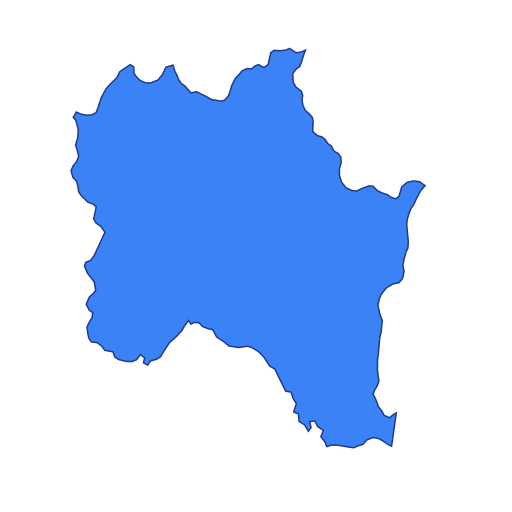 Mogi Mirim, São Paulo, Brazil, rotated 173°
{"feature_id": "56859067B62614874395589", "entity_name": "Mogi Mirim", "entity_type": "district", "adm_level": 2, "iso_a3": "BRA", "parent_name": "Brazil", "parent_adm1": "São Paulo", "projection": "robinson", "projection_center": [-46.995, -22.438], "detail": "fine", "context": "isolated", "style": "filled", "palette": "blue", "viewbox_px": 512, "rotation_deg": 173, "n_neighbors": 0, "source": "geoboundaries", "source_scale": "gbopen_adm2", "svg_char_len": 3274}
<svg xmlns="http://www.w3.org/2000/svg" viewBox="0 0 512 512"><g transform="rotate(173 256 256)"><path d="M181.8,454.3L186.8,452.8L191.7,453.0L197.3,457.9L201.8,456.7L207.0,456.8L213.0,457.9L216.6,456.0L218.6,450.2L220.7,444.4L225.3,442.1L230.2,445.7L234.2,444.6L237.5,442.2L242.0,443.1L247.2,441.5L251.0,437.9L255.1,434.6L259.2,428.3L262.1,421.7L264.1,418.0L268.5,414.3L272.6,414.1L276.6,415.5L280.8,416.5L285.7,420.2L290.9,423.6L295.3,426.4L300.6,425.7L306.0,433.6L309.0,436.2L311.2,440.2L312.2,444.4L314.0,449.1L315.1,455.6L322.4,454.4L326.7,447.6L331.7,442.7L339.4,440.6L344.4,441.3L349.5,444.3L352.3,447.6L354.9,452.3L354.3,458.4L357.5,461.3L368.8,455.5L372.5,449.8L377.6,446.0L380.9,443.4L384.6,440.0L390.3,432.0L394.3,423.4L397.2,417.8L402.2,415.9L407.6,416.6L412.8,418.3L416.8,420.8L420.5,415.9L418.3,412.6L417.0,403.3L418.4,395.4L421.5,388.2L420.3,381.2L419.9,376.3L422.9,371.1L426.7,367.5L429.1,363.2L428.2,356.5L424.9,351.9L424.3,347.0L424.2,341.4L422.1,337.2L416.3,329.9L411.6,327.6L408.6,324.3L410.2,319.5L412.6,312.7L410.6,308.0L406.6,304.6L403.0,298.0L416.6,276.1L420.5,271.9L425.6,270.5L427.5,267.0L425.3,259.3L422.9,255.4L419.7,249.8L419.3,241.6L422.1,238.6L426.4,235.6L430.4,228.8L428.2,222.8L425.0,219.7L426.1,215.0L429.4,210.9L432.4,206.2L432.4,200.3L432.0,195.0L430.0,190.8L424.3,189.4L420.1,185.4L417.5,180.8L409.7,178.3L408.4,172.8L405.1,170.1L400.6,168.2L396.8,167.0L392.0,166.4L387.2,167.6L382.7,172.2L378.9,168.4L380.7,163.7L376.9,160.9L373.4,164.7L367.4,165.6L362.9,167.7L359.3,172.5L352.5,180.5L344.7,185.9L338.4,191.3L335.6,195.3L330.7,200.3L328.9,196.3L325.3,197.6L320.7,196.6L317.3,192.3L312.2,189.6L308.0,188.3L305.0,180.5L298.4,174.9L293.9,170.0L284.3,167.3L275.2,167.5L270.9,165.4L265.3,160.9L261.1,155.7L257.8,149.3L255.9,145.1L251.0,141.4L248.4,133.5L245.4,125.1L243.0,118.2L237.8,116.7L236.6,110.3L233.9,104.6L237.6,96.6L233.0,93.9L233.5,86.8L228.3,82.4L225.4,75.7L222.2,79.2L223.0,85.0L217.8,85.2L215.6,79.2L210.4,74.8L213.6,68.7L210.0,62.6L209.0,58.2L204.2,59.1L197.7,58.2L191.5,56.3L182.4,53.8L178.1,55.1L172.9,56.0L168.2,60.0L162.0,61.5L157.4,60.3L153.6,57.8L147.9,52.9L144.6,50.7L135.9,83.2L139.5,81.6L143.1,79.2L148.3,82.2L150.1,87.1L153.0,91.6L153.8,96.2L155.2,100.8L156.6,104.8L154.4,108.7L151.8,112.0L149.2,116.9L149.4,123.0L149.4,128.1L148.7,132.6L148.2,137.5L146.4,144.4L144.6,152.8L143.2,159.7L141.0,165.2L139.9,170.6L138.5,176.4L140.2,183.4L141.0,192.2L138.7,198.8L136.1,203.0L133.0,206.0L129.9,208.8L123.6,211.5L117.2,212.1L113.2,216.0L110.9,222.8L111.4,229.0L108.9,236.2L106.9,241.2L104.3,245.3L103.1,251.5L102.7,264.9L102.5,269.2L101.5,273.7L99.1,279.3L96.5,284.1L93.3,287.7L90.0,293.0L84.6,300.8L79.6,305.2L84.8,309.9L90.6,311.3L97.3,310.6L103.0,306.7L106.7,298.0L110.3,295.7L114.8,297.8L118.2,300.9L123.3,303.3L127.4,305.9L131.5,311.1L135.3,311.8L141.3,310.4L148.4,308.2L153.0,309.4L158.5,312.9L162.1,318.9L163.3,325.6L162.7,332.1L160.1,338.3L159.7,343.9L161.9,347.6L165.9,350.7L167.7,356.0L170.9,358.6L173.1,363.1L176.1,366.2L180.4,368.0L184.4,372.3L184.0,376.8L182.9,381.9L183.2,386.8L185.6,390.3L189.3,394.5L191.1,399.8L191.3,405.2L190.1,409.8L190.9,414.0L195.7,418.7L197.9,423.8L197.3,432.7L193.3,436.6L189.5,438.8L187.3,442.8L184.3,449.5L181.8,454.3Z" fill="#3b82f6" stroke="#1e3a8a" stroke-width="1.5"/></g></svg>